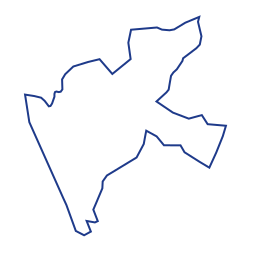 the border of Keguma, rotated 82°
{"feature_id": "LVA-5766", "entity_name": "Keguma", "entity_type": "Municipality", "adm_level": 1, "iso_a3": "LVA", "parent_name": "Latvia", "parent_adm1": "", "projection": "albers", "projection_center": [24.743, 56.689], "detail": "fine", "context": "isolated", "style": "outline", "palette": "blue", "viewbox_px": 256, "rotation_deg": 82, "n_neighbors": 0, "source": "natural_earth", "source_scale": "10m", "svg_char_len": 1016}
<svg xmlns="http://www.w3.org/2000/svg" viewBox="0 0 256 256"><g transform="rotate(82 128 128)"><path d="M31.1,111.3L32.5,85.3L35.3,80.7L37.0,73.3L36.8,68.5L31.7,56.6L27.9,42.0L32.6,43.9L47.4,42.5L55.4,45.3L58.5,49.2L66.6,63.7L69.2,64.8L76.7,71.5L79.3,75.3L82.3,78.1L88.7,80.2L95.7,82.4L98.1,85.0L105.7,96.1L119.0,81.4L127.2,66.5L125.5,53.1L135.3,48.6L139.4,30.7L149.2,35.2L164.7,44.1L178.6,53.0L171.3,62.0L159.9,75.4L152.5,78.4L150.1,94.8L140.3,100.8L133.2,110.3L139.9,112.6L146.0,114.6L152.6,119.4L158.4,123.6L162.1,132.2L172.1,155.5L177.4,160.5L184.2,161.8L191.2,166.0L197.9,170.0L204.0,173.7L216.0,170.9L216.9,173.9L214.3,181.9L225.4,179.2L228.1,186.4L222.7,194.0L195.7,199.7L188.7,201.8L108.5,224.9L80.6,225.3L83.3,216.4L85.9,209.8L89.6,206.7L95.5,203.4L95.4,201.7L93.2,199.8L86.8,196.5L84.0,196.1L82.3,195.3L81.9,193.9L82.8,191.6L82.7,189.6L80.6,187.6L70.7,186.5L66.0,182.7L59.5,173.6L57.1,158.6L55.9,146.6L72.3,136.0L60.1,115.8L43.6,115.8L31.1,111.3Z" fill="none" stroke="#1e3a8a" stroke-width="2"/></g></svg>